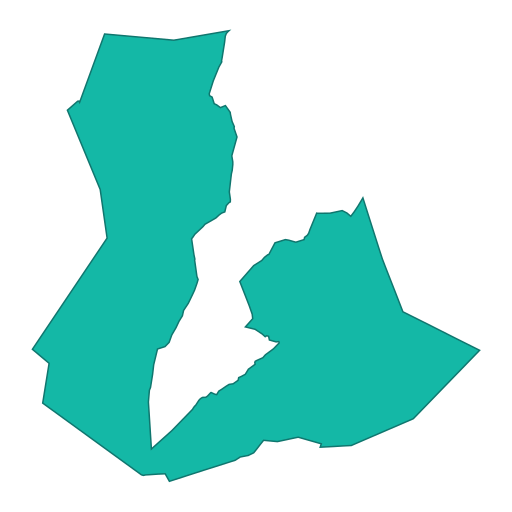 the district of San Francisco Chapulapa, Oaxaca, Mexico
{"feature_id": "50627088B25039940619892", "entity_name": "San Francisco Chapulapa", "entity_type": "district", "adm_level": 2, "iso_a3": "MEX", "parent_name": "Mexico", "parent_adm1": "Oaxaca", "projection": "mercator", "projection_center": [-96.741, 17.913], "detail": "fine", "context": "isolated", "style": "filled", "palette": "teal", "viewbox_px": 512, "rotation_deg": 0, "n_neighbors": 0, "source": "geoboundaries", "source_scale": "gbopen_adm2", "svg_char_len": 2589}
<svg xmlns="http://www.w3.org/2000/svg" viewBox="0 0 512 512"><path d="M104.6,34.0L79.6,102.4L78.9,101.1L77.7,101.2L67.4,110.2L87.0,157.6L100.2,189.5L107.1,238.1L32.4,349.3L49.1,363.3L42.7,403.1L141.4,474.8L143.4,475.4L145.6,474.9L149.3,474.7L157.8,474.1L165.2,473.8L169.4,481.3L203.5,470.3L226.2,463.1L235.3,460.2L240.2,457.0L247.4,455.6L247.9,455.6L253.7,452.8L256.6,449.2L260.7,443.9L263.6,440.3L277.4,441.6L294.3,438.0L298.2,437.2L321.3,443.8L320.2,447.2L333.5,446.5L343.4,445.9L351.3,445.5L353.8,444.4L362.1,440.8L413.3,418.7L479.6,350.3L456.8,338.9L439.0,329.9L430.7,325.7L416.7,318.7L402.9,311.8L399.1,302.0L395.1,291.7L387.3,271.8L385.5,267.2L382.4,259.1L378.7,247.7L377.3,243.3L368.2,214.7L362.9,197.9L358.0,206.1L354.2,211.8L350.8,216.3L346.9,213.0L342.2,210.6L329.9,213.2L317.6,213.3L316.7,213.1L309.9,229.7L308.7,233.2L307.3,235.3L304.6,237.3L304.1,239.6L295.8,242.2L288.8,240.2L285.4,239.6L275.0,242.8L268.9,254.4L267.7,254.8L264.5,257.3L262.0,260.2L261.9,260.4L253.7,265.6L239.8,281.5L249.2,305.6L252.2,314.2L252.7,318.7L245.4,326.9L255.1,329.3L262.2,334.0L265.2,336.7L266.7,335.7L268.6,336.3L269.4,340.0L276.1,341.9L278.7,341.6L279.1,342.1L279.1,343.0L273.6,348.7L271.1,350.6L265.5,354.7L264.7,355.6L262.9,357.7L257.1,360.3L255.2,361.3L254.8,362.5L255.1,364.3L248.4,369.2L245.3,374.3L241.2,376.5L238.7,377.6L238.1,380.3L233.1,383.8L229.1,384.4L226.2,386.2L221.7,389.3L218.8,391.1L216.7,394.6L214.8,394.2L211.1,392.5L210.8,392.6L207.5,396.1L206.1,397.1L205.5,397.3L202.5,397.4L201.0,398.3L200.1,399.0L198.9,400.3L195.8,405.1L195.4,405.6L194.6,406.2L193.2,408.2L192.6,409.3L192.4,409.5L172.0,430.5L151.4,449.0L148.4,402.0L149.4,390.2L150.5,387.5L152.6,374.3L153.7,364.7L157.5,349.0L165.0,346.6L169.1,342.4L171.8,334.9L176.0,327.7L179.0,321.3L182.4,315.8L183.6,310.4L188.3,303.3L192.5,294.6L194.5,290.3L196.0,286.1L197.0,283.2L198.1,279.5L197.0,276.7L196.9,276.3L194.6,259.9L194.9,259.2L194.1,255.5L194.0,255.1L191.6,238.8L193.0,237.0L193.2,236.7L194.8,234.3L203.0,226.6L204.9,224.3L216.0,217.9L219.2,214.9L221.5,213.2L222.9,212.6L224.8,211.9L226.3,205.6L228.8,202.8L230.3,201.9L230.4,199.4L229.3,191.9L231.0,177.1L231.4,173.8L232.2,170.4L232.8,164.6L232.8,161.9L231.8,155.8L237.0,137.0L234.0,128.2L234.3,126.6L232.3,122.0L232.0,121.2L230.5,114.5L230.2,112.3L225.4,105.6L220.4,107.6L216.6,104.8L216.1,104.6L214.2,103.7L212.1,97.1L209.6,95.7L209.2,93.8L213.3,80.8L218.9,67.0L221.7,62.0L221.8,61.8L221.5,61.2L222.2,57.3L224.6,42.2L225.3,36.1L226.2,33.8L226.6,33.1L227.0,32.7L227.7,31.9L229.0,30.7L173.8,40.2L104.6,34.0Z" fill="#14b8a6" stroke="#0f766e" stroke-width="1.5"/></svg>